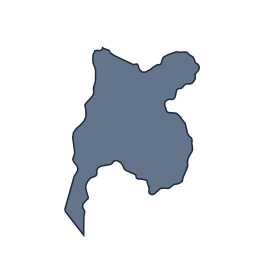 the border of Western, rotated 339°
{"feature_id": "KEN-891", "entity_name": "Western", "entity_type": "Province", "adm_level": 1, "iso_a3": "KEN", "parent_name": "Kenya", "parent_adm1": "", "projection": "mercator", "projection_center": [34.624, 0.494], "detail": "fine", "context": "isolated", "style": "filled", "palette": "slate", "viewbox_px": 256, "rotation_deg": 339, "n_neighbors": 0, "source": "natural_earth", "source_scale": "10m", "svg_char_len": 3508}
<svg xmlns="http://www.w3.org/2000/svg" viewBox="0 0 256 256"><g transform="rotate(339 128 128)"><path d="M129.3,45.8L132.1,45.3L132.2,45.2L133.0,43.9L134.2,45.3L138.2,48.8L138.4,51.4L140.9,55.2L155.1,70.1L155.8,70.6L156.4,70.8L157.2,71.0L158.0,71.1L158.8,71.3L159.4,71.6L159.7,72.3L159.9,73.2L159.7,74.8L159.6,76.2L159.7,77.5L160.3,79.2L160.8,80.1L161.4,80.8L162.6,81.5L163.2,81.7L164.0,81.9L164.8,82.0L169.8,81.4L172.8,80.4L176.6,79.6L177.4,79.5L178.2,79.5L178.9,79.7L179.6,80.0L180.3,80.2L181.1,80.2L181.7,79.9L182.2,79.5L184.6,76.2L185.1,75.7L185.6,75.3L186.1,74.9L186.8,74.6L187.6,74.4L191.9,73.9L199.8,74.2L200.6,74.3L201.3,74.6L202.4,75.3L203.7,75.9L204.4,76.2L205.9,76.6L208.5,77.5L209.5,78.0L209.9,78.3L210.2,78.6L210.5,79.0L210.7,79.4L211.4,81.4L213.9,84.7L214.2,85.4L214.4,87.6L214.4,91.1L214.5,91.5L214.7,92.1L215.6,92.9L216.0,93.6L216.3,94.4L216.4,95.7L216.3,96.6L216.0,97.6L215.4,98.4L214.4,99.4L213.8,99.8L210.6,101.5L210.0,102.1L209.6,102.8L208.8,105.3L208.3,106.2L207.3,107.1L204.8,108.8L204.4,109.0L203.9,109.1L203.2,109.2L201.6,109.1L200.9,108.8L199.6,108.2L198.9,108.0L198.1,107.9L197.3,107.9L195.8,108.3L193.4,109.6L192.9,109.8L192.4,109.9L191.7,109.9L190.9,109.8L189.1,109.4L188.7,109.3L188.3,109.4L187.8,109.6L187.2,109.9L186.7,110.5L183.2,115.8L182.2,116.7L181.2,117.3L180.4,117.3L179.6,117.2L178.9,117.0L177.0,116.1L176.3,115.9L175.5,115.8L174.7,115.9L173.9,116.1L173.2,116.3L171.4,117.4L170.9,118.6L170.4,120.4L170.1,126.3L170.4,127.3L171.9,128.3L177.6,131.1L178.2,131.5L178.6,131.9L179.0,132.5L180.9,136.4L181.3,138.9L182.7,143.2L182.9,143.9L182.9,144.8L181.7,153.8L181.8,155.5L182.4,157.7L183.0,159.0L183.4,159.6L183.7,160.3L183.6,161.3L183.3,162.6L182.1,165.3L180.9,170.1L180.4,171.5L179.0,173.1L175.0,176.2L173.4,177.7L172.9,178.4L172.2,179.5L171.2,181.6L170.2,184.7L167.6,187.9L161.8,193.7L159.5,197.2L156.2,198.0L154.1,197.9L151.3,197.3L150.3,197.3L149.1,197.6L146.0,198.7L144.8,198.9L143.9,198.8L140.6,197.2L137.5,196.3L136.7,196.2L134.4,196.8L130.6,198.4L128.9,199.0L127.7,199.0L126.7,198.9L125.9,198.3L125.3,197.8L124.9,197.2L124.6,196.7L124.5,196.1L124.6,195.6L124.9,194.3L125.2,193.7L125.8,192.5L126.3,191.0L126.3,186.8L126.7,185.3L126.7,184.6L126.6,183.8L126.3,183.2L125.6,182.6L121.9,180.3L119.4,179.3L118.3,178.4L117.9,177.5L118.3,175.3L118.4,174.6L118.0,174.0L110.5,166.4L110.2,165.8L109.9,165.1L109.8,164.4L109.7,161.7L109.3,159.2L108.8,157.8L108.3,157.0L105.9,154.5L104.7,154.0L103.6,153.8L102.9,154.0L101.6,154.6L100.4,155.3L99.7,155.6L98.9,155.7L97.3,155.5L89.9,154.1L88.7,154.0L87.7,154.1L86.9,154.2L86.2,154.4L85.5,154.7L84.6,155.4L84.3,155.7L83.9,156.1L83.6,156.6L82.6,159.3L82.2,159.9L81.7,160.4L81.3,160.9L80.4,161.2L79.2,161.3L76.7,161.2L75.4,161.2L74.5,161.5L70.4,164.0L68.0,166.6L67.7,167.0L67.4,167.6L66.9,169.8L66.4,172.8L66.2,177.3L66.1,177.9L65.8,179.0L65.5,179.5L65.2,179.8L62.6,180.7L61.3,181.3L59.7,182.4L58.3,183.7L58.0,184.0L57.7,184.5L57.5,185.2L57.3,186.0L57.3,186.8L57.7,189.2L57.7,190.0L57.5,190.7L57.2,191.4L55.1,194.9L54.7,195.8L48.2,212.1L43.9,197.9L39.6,183.7L40.1,181.0L48.1,170.3L49.3,168.7L60.4,153.9L65.3,150.1L66.5,148.2L66.9,145.4L65.3,140.4L65.2,137.9L65.8,136.6L68.2,133.8L69.2,132.3L69.6,131.2L72.9,117.5L73.0,117.1L75.4,112.8L79.5,110.0L85.1,108.0L89.5,105.7L92.9,102.2L95.1,96.2L95.6,93.1L95.9,91.3L97.1,90.1L105.9,85.7L108.3,83.5L110.3,78.0L114.3,72.8L117.9,64.0L118.7,61.1L118.7,58.1L118.7,54.9L119.5,52.0L120.6,49.2L122.0,46.7L124.8,44.0L127.1,44.5L129.3,45.8Z" fill="#64748b" stroke="#1e293b" stroke-width="1.5"/></g></svg>